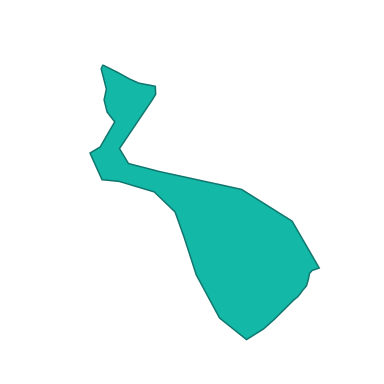 Calvary, Castries, Saint Lucia, rotated 329°
{"feature_id": "8701671B81655629015903", "entity_name": "Calvary", "entity_type": "district", "adm_level": 2, "iso_a3": "LCA", "parent_name": "Saint Lucia", "parent_adm1": "Castries", "projection": "natural_earth1", "projection_center": [-60.987, 14.015], "detail": "fine", "context": "isolated", "style": "filled", "palette": "teal", "viewbox_px": 384, "rotation_deg": 329, "n_neighbors": 0, "source": "geoboundaries", "source_scale": "gbopen_adm2", "svg_char_len": 706}
<svg xmlns="http://www.w3.org/2000/svg" viewBox="0 0 384 384"><g transform="rotate(329 192 192)"><path d="M261.9,322.7L262.8,268.7L262.3,267.6L235.9,215.4L228.2,208.1L174.6,157.7L152.2,134.9L152.2,117.4L205.3,92.6L211.2,89.5L215.0,82.5L202.3,71.1L196.3,62.4L190.3,51.9L181.4,37.9L180.7,37.4L177.6,39.6L171.6,59.7L167.5,64.1L164.2,67.6L163.8,68.7L160.4,79.8L161.5,88.9L161.9,92.1L150.7,98.2L136.5,106.1L124.6,106.1L121.2,135.1L135.0,145.4L159.7,172.5L167.2,200.5L161.9,226.8L153.0,265.2L150.7,314.2L162.7,346.6L183.0,346.2L197.6,343.4L222.9,337.1L228.9,336.2L234.1,334.2L236.2,333.3L241.8,331.4L246.8,326.8L250.7,322.4L254.5,321.1L261.9,322.7Z" fill="#14b8a6" stroke="#0f766e" stroke-width="1.5"/></g></svg>